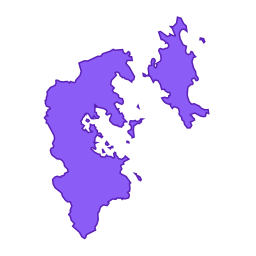 Angra dos Reis, Rio de Janeiro, Brazil, rotated 266°
{"feature_id": "56859067B69907302003048", "entity_name": "Angra dos Reis", "entity_type": "district", "adm_level": 2, "iso_a3": "BRA", "parent_name": "Brazil", "parent_adm1": "Rio de Janeiro", "projection": "orthographic", "projection_center": [-44.33, -23.032], "detail": "fine", "context": "isolated", "style": "filled", "palette": "violet", "viewbox_px": 256, "rotation_deg": 266, "n_neighbors": 0, "source": "geoboundaries", "source_scale": "gbopen_adm2", "svg_char_len": 5943}
<svg xmlns="http://www.w3.org/2000/svg" viewBox="0 0 256 256"><g transform="rotate(266 128 128)"><path d="M147.6,47.6L145.8,48.9L145.7,46.7L144.0,45.4L141.4,47.3L138.8,46.8L137.9,48.3L125.6,53.8L122.1,54.0L118.0,51.7L114.9,52.6L113.8,52.1L113.1,50.0L110.9,49.0L108.0,49.6L106.1,50.5L102.0,55.3L101.9,57.7L100.0,60.3L97.1,61.8L94.5,62.0L91.1,64.9L89.8,65.1L88.5,65.1L87.1,61.7L85.0,60.8L84.7,58.1L83.5,57.5L84.8,54.0L84.0,51.4L81.8,49.2L77.1,49.5L73.5,51.1L68.0,57.1L64.3,58.0L60.3,60.6L58.5,62.7L58.4,65.3L54.1,66.5L49.6,64.5L48.4,65.0L45.7,62.8L44.0,64.2L39.9,65.0L36.3,67.9L33.9,65.9L27.4,72.3L22.8,74.4L20.9,76.9L21.5,78.0L24.6,79.2L28.4,88.5L31.4,88.0L34.1,90.2L38.6,91.9L45.1,91.9L46.2,93.1L51.1,95.1L53.0,98.1L52.1,101.8L54.4,103.8L55.6,102.8L58.3,107.8L57.7,111.0L58.9,111.6L58.7,114.7L58.4,116.2L57.3,117.2L58.5,117.9L57.6,118.9L57.6,120.3L58.0,123.2L59.0,124.2L61.6,124.6L63.9,123.0L64.6,125.0L67.3,125.7L72.2,125.6L73.1,126.8L79.7,122.8L83.2,117.1L85.1,117.2L87.7,119.0L90.7,117.9L91.8,119.1L92.2,121.2L94.2,121.1L94.9,122.0L96.9,126.7L100.2,123.3L99.0,122.7L97.1,119.6L98.1,116.6L102.7,113.7L104.0,114.0L104.7,113.1L103.4,111.9L99.4,112.5L99.0,111.0L100.6,109.4L101.3,105.6L102.5,104.8L100.5,103.0L101.4,98.8L103.8,98.1L104.0,96.5L106.3,92.9L109.9,89.6L111.0,90.2L110.9,91.6L109.8,92.3L109.1,94.2L110.5,94.5L111.6,93.7L114.8,93.6L115.6,96.0L116.2,92.9L117.6,94.1L120.1,94.2L123.3,96.6L120.2,101.2L121.4,102.1L122.4,100.4L123.5,101.0L124.8,100.0L124.8,98.3L125.6,96.9L127.4,97.3L129.6,95.4L130.8,95.9L131.9,94.7L133.4,94.5L133.2,93.0L134.3,90.7L131.4,90.4L130.2,89.5L128.7,89.9L126.8,92.1L126.2,88.0L129.5,85.5L128.2,84.6L130.5,82.2L133.4,84.6L135.3,82.0L138.6,81.5L139.4,82.8L141.2,83.4L142.9,85.2L144.5,85.6L144.2,87.0L145.6,87.1L144.9,89.6L140.2,91.9L139.7,93.0L139.7,94.4L141.0,93.6L142.5,95.2L139.8,96.3L139.9,99.2L141.3,100.0L142.7,97.9L145.6,97.5L146.3,96.1L150.3,96.3L150.8,97.3L152.4,96.0L153.7,96.6L151.0,99.1L148.9,105.7L147.1,107.9L145.9,108.2L143.5,106.9L142.4,108.1L143.7,111.3L142.7,112.3L141.3,112.2L138.1,110.3L136.2,110.4L132.7,113.5L131.3,116.3L131.7,117.6L130.3,118.4L129.4,121.8L130.7,122.4L131.2,123.8L132.8,123.6L134.3,124.3L134.3,127.1L138.5,123.7L139.8,124.5L143.3,122.9L142.9,121.1L143.7,120.3L145.2,120.4L146.3,119.1L147.8,120.0L147.7,118.1L153.2,115.9L154.9,118.7L152.8,121.6L152.1,123.7L152.9,124.7L154.7,125.2L157.6,124.4L158.5,121.7L159.9,120.7L161.5,120.8L163.8,118.0L164.1,116.4L165.5,115.5L166.8,115.0L168.9,117.1L172.3,114.0L173.7,113.9L176.8,114.9L181.5,120.1L183.8,119.0L184.8,120.7L183.3,123.1L180.8,123.8L178.5,126.3L178.7,127.8L177.3,128.6L176.1,132.0L173.6,134.9L174.9,135.3L176.0,137.1L178.7,138.1L188.6,133.5L192.5,130.5L195.4,131.9L195.1,136.9L198.8,136.6L198.9,135.2L200.0,133.8L201.0,135.1L203.4,134.9L204.2,133.7L202.4,131.7L202.3,130.4L204.0,128.5L206.6,128.1L206.5,120.5L207.5,118.7L205.8,115.5L203.9,108.0L201.5,105.9L201.6,102.7L197.7,92.7L198.0,89.0L196.2,83.6L187.7,85.3L183.6,83.7L179.6,79.6L177.6,78.6L176.9,77.6L178.4,73.8L177.0,72.7L178.7,70.6L178.5,66.4L179.0,63.7L180.7,60.8L180.5,59.4L177.8,59.4L175.6,58.2L173.8,53.4L169.6,49.7L166.7,49.9L164.2,48.7L161.9,48.6L161.2,47.2L159.7,47.8L158.7,47.2L155.5,48.2L154.1,51.2L152.6,51.8L151.9,49.6L150.3,49.1L149.4,47.8L147.6,47.6ZM178.8,150.0L178.4,153.1L177.4,154.1L171.8,156.5L174.0,158.0L173.2,161.2L169.6,163.2L164.1,164.3L164.1,167.2L162.5,167.7L160.6,170.3L160.5,172.1L157.6,172.3L157.3,170.9L155.9,170.7L155.1,169.7L156.1,166.6L155.6,163.7L152.0,165.6L150.1,167.7L148.8,170.6L149.1,172.1L147.4,171.9L144.4,173.6L145.8,175.0L145.7,176.7L144.1,179.7L140.9,180.4L138.1,179.9L134.5,182.4L132.5,182.3L130.8,184.2L127.6,184.7L123.9,187.2L123.8,190.1L126.2,191.8L129.4,190.6L131.3,194.9L132.8,194.7L133.8,193.3L135.3,192.8L135.9,191.5L137.1,191.2L138.3,195.6L134.9,201.2L134.0,204.4L134.3,206.1L137.8,207.1L136.8,209.5L140.7,209.2L140.8,206.0L142.3,202.8L145.0,200.5L147.6,195.7L147.3,193.1L149.7,191.0L154.4,189.7L157.2,189.4L164.4,190.5L166.9,193.5L167.0,195.5L168.4,196.0L171.2,194.7L172.4,195.2L173.2,197.8L170.6,199.2L170.5,200.4L171.4,201.3L173.0,201.4L175.8,199.6L179.7,199.3L182.9,197.7L189.5,196.4L193.6,197.8L194.4,200.4L196.8,198.4L199.2,197.7L199.9,196.3L197.4,195.0L197.0,193.5L197.7,192.0L199.4,190.9L201.1,190.8L205.4,192.0L207.2,188.7L213.3,186.2L218.4,185.7L221.3,187.2L222.7,189.0L222.6,190.9L220.3,193.5L225.8,193.1L228.3,190.7L233.8,188.5L235.1,185.1L229.1,183.7L225.9,180.1L226.2,177.5L224.0,179.3L216.7,181.6L216.8,179.8L218.8,176.3L217.4,176.6L216.5,173.7L222.0,167.1L221.6,165.3L213.9,167.3L213.7,168.7L212.1,170.8L211.2,171.7L209.9,171.4L210.2,172.8L209.3,173.9L206.7,174.5L204.8,172.6L204.8,170.7L203.9,168.9L205.1,165.7L204.3,164.5L202.8,164.1L198.2,165.8L193.9,165.8L192.2,164.6L190.1,160.3L189.3,161.4L186.2,160.3L186.4,159.1L188.0,158.4L191.2,158.6L192.9,159.8L194.6,159.5L195.6,158.2L194.9,156.8L192.1,155.7L188.9,156.1L188.9,153.5L186.1,152.3L179.8,152.6L178.8,150.0ZM126.5,131.1L124.8,127.7L123.3,127.9L119.5,131.3L117.9,131.5L118.6,133.5L126.0,133.2L129.7,134.0L132.1,138.2L131.6,139.5L133.0,141.7L135.4,142.1L135.9,143.3L136.2,141.3L134.2,139.8L134.0,138.0L134.1,136.5L135.1,135.7L134.6,134.2L135.0,130.8L131.5,129.6L130.6,130.9L128.5,131.5L126.5,131.1ZM80.4,133.1L75.5,135.3L74.6,136.9L75.9,137.6L78.6,136.3L80.4,133.1ZM208.7,210.6L211.9,209.6L212.7,206.4L211.1,206.0L211.1,207.8L207.8,209.6L208.7,210.6ZM113.0,107.7L115.9,105.8L114.2,104.5L112.9,104.8L112.2,106.3L113.0,107.7ZM178.8,150.0L180.4,148.5L181.3,146.9L178.9,147.0L178.1,148.5L178.8,150.0ZM139.0,89.1L139.6,87.5L138.2,86.7L136.8,88.5L137.8,89.9L139.0,89.1ZM105.4,102.9L109.0,101.0L105.2,101.4L105.4,102.9ZM114.4,127.6L114.9,126.1L113.7,125.9L113.2,127.9L114.4,127.6ZM109.6,109.6L109.5,111.4L110.7,111.5L110.8,110.1L109.6,109.6ZM147.2,140.2L149.8,139.6L148.4,138.8L147.2,140.2ZM109.6,109.6L109.7,107.6L108.4,109.0L109.6,109.6ZM80.4,133.1L81.8,133.0L82.2,131.6L80.4,133.1Z" fill="#8b5cf6" stroke="#5b21b6" stroke-width="1.5"/></g></svg>